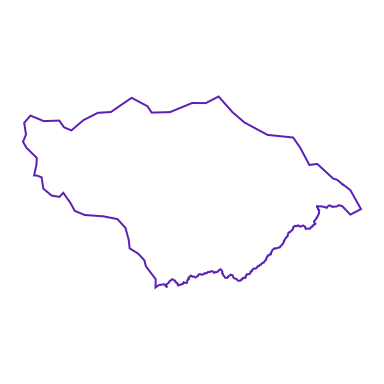 Kara-Kulja, Osh, Kyrgyzstan
{"feature_id": "92254566B85310994889224", "entity_name": "Kara-Kulja", "entity_type": "district", "adm_level": 2, "iso_a3": "KGZ", "parent_name": "Kyrgyzstan", "parent_adm1": "Osh", "projection": "mercator", "projection_center": [74.361, 40.398], "detail": "fine", "context": "isolated", "style": "outline", "palette": "violet", "viewbox_px": 384, "rotation_deg": 0, "n_neighbors": 0, "source": "geoboundaries", "source_scale": "gbopen_adm2", "svg_char_len": 6042}
<svg xmlns="http://www.w3.org/2000/svg" viewBox="0 0 384 384"><path d="M167.2,287.4L167.0,286.8L166.8,286.5L166.5,286.3L166.4,286.0L165.9,285.4L165.8,284.9L166.7,284.3L167.2,283.8L168.2,283.2L168.9,282.4L169.3,281.6L169.8,281.2L169.9,280.9L170.0,280.9L170.3,280.5L171.1,280.2L171.8,279.5L172.2,279.3L172.4,279.1L172.5,279.1L172.9,279.5L173.8,280.2L175.0,280.5L175.2,280.8L175.4,281.8L175.5,282.0L175.8,282.1L176.6,282.7L176.6,282.8L177.0,282.8L177.4,283.2L177.5,283.4L177.6,284.2L177.8,284.6L177.9,285.2L178.2,285.4L178.4,285.5L178.6,285.4L178.7,285.0L179.0,284.8L180.1,284.8L180.8,284.6L181.1,284.3L181.4,284.3L181.7,284.1L182.3,284.2L182.6,284.1L183.1,283.7L183.3,283.2L183.3,282.9L183.6,282.2L184.1,282.3L184.7,282.9L186.8,282.9L186.9,282.4L187.1,282.0L187.2,281.2L187.3,280.4L187.5,279.9L187.8,279.9L188.2,279.7L188.9,279.1L188.5,278.6L188.4,277.8L188.7,277.5L189.4,277.2L189.6,276.8L190.3,276.3L190.5,276.0L190.6,275.7L191.2,275.9L191.6,275.8L192.2,276.5L192.5,276.7L193.0,276.6L194.1,276.6L194.5,277.0L194.8,277.1L195.1,277.3L195.6,277.5L197.0,276.4L198.1,276.0L198.3,275.5L198.4,274.8L198.5,274.4L199.0,274.4L200.0,274.1L201.3,274.5L201.9,274.8L202.5,274.6L202.7,274.4L204.1,274.0L204.2,273.9L204.2,273.7L204.5,273.3L204.7,273.1L205.2,273.3L206.8,273.2L207.2,272.6L207.4,272.5L207.7,272.1L208.5,271.9L209.1,272.2L209.4,272.2L209.6,272.0L210.0,272.0L210.6,271.7L210.9,271.2L211.2,271.1L211.6,271.3L212.8,271.5L213.1,271.7L213.9,272.3L214.1,272.8L215.1,272.2L215.5,272.0L216.0,272.3L217.9,271.6L218.2,271.3L218.6,270.6L219.2,270.2L219.3,269.9L219.7,269.8L220.4,269.2L220.8,269.4L221.3,270.2L221.8,270.6L221.9,270.8L222.0,271.2L222.3,271.6L222.4,271.9L222.2,272.1L222.1,272.4L222.1,273.4L222.6,273.6L222.7,273.9L222.9,274.0L223.3,275.1L223.3,275.3L223.6,275.8L224.3,276.3L224.5,276.8L224.9,277.1L225.1,277.7L225.8,277.8L226.2,277.8L227.3,277.9L227.5,277.8L227.8,277.4L227.9,276.9L228.1,276.5L228.7,276.3L229.0,276.0L229.4,275.5L229.9,275.5L230.4,275.1L230.5,274.9L230.7,274.7L230.9,274.9L231.2,274.9L231.4,275.1L232.2,275.2L232.7,275.5L232.9,275.8L233.1,276.7L233.4,277.6L234.2,278.3L234.6,278.4L235.1,278.6L236.2,278.8L237.2,279.8L237.6,280.3L237.7,280.5L238.9,280.8L239.8,280.8L239.8,280.7L240.3,280.5L240.6,280.2L240.8,279.9L241.0,279.8L241.7,279.7L242.0,279.6L242.3,279.2L242.4,278.3L242.7,278.1L243.0,278.3L243.4,277.9L244.0,278.0L244.4,277.8L244.8,277.9L245.2,278.0L245.3,277.9L245.4,277.6L245.7,277.1L245.6,276.6L245.7,276.1L245.9,275.8L246.0,275.6L246.3,275.6L246.6,275.3L246.7,274.7L246.8,274.3L247.8,274.2L248.4,274.1L248.8,274.3L249.6,273.8L249.9,273.4L250.1,273.4L250.4,272.4L250.6,272.0L250.6,271.6L251.3,271.6L251.8,271.3L252.0,271.1L252.0,270.2L252.8,269.5L253.3,268.7L254.1,268.6L254.6,268.7L255.3,268.7L255.5,268.5L256.0,268.4L256.3,268.0L256.8,267.8L256.9,267.4L257.4,266.9L257.5,266.4L257.7,266.2L258.5,266.1L258.8,265.8L259.0,265.9L259.3,265.6L259.5,265.3L259.7,265.2L260.0,264.9L260.6,264.7L261.0,264.7L261.1,264.2L261.4,263.7L262.1,263.2L263.0,262.8L263.2,262.7L263.7,262.7L264.0,262.4L264.1,261.8L264.3,261.4L264.8,261.0L265.0,260.6L265.3,260.5L265.6,260.2L265.9,260.0L266.2,259.6L266.3,259.1L266.2,258.8L266.5,258.1L266.5,257.8L266.8,257.1L267.3,256.9L267.5,256.6L267.5,256.2L267.7,255.9L268.2,255.6L268.4,255.1L269.0,255.2L269.3,255.0L269.6,254.9L270.1,254.2L270.7,254.2L270.9,254.3L271.0,254.2L271.0,253.2L270.9,252.6L271.7,251.7L272.4,250.0L272.7,249.7L273.4,249.3L274.0,248.6L274.6,248.3L274.9,248.5L275.6,248.6L276.1,248.3L276.7,248.2L277.3,248.0L277.4,247.9L278.1,247.8L280.0,247.3L280.2,246.4L281.5,245.5L281.6,245.2L282.4,244.3L282.5,244.0L283.0,243.6L283.2,243.0L283.7,242.3L284.0,241.6L284.0,241.4L283.8,241.0L283.9,240.8L284.4,240.1L284.9,239.8L285.0,239.5L285.4,238.3L286.1,237.9L286.2,237.6L286.5,237.1L287.3,236.6L287.3,236.3L287.8,235.6L287.8,235.0L287.8,234.3L288.3,233.6L288.4,232.9L288.6,232.5L288.9,232.4L289.5,232.3L290.1,231.8L290.5,231.8L291.1,230.9L291.6,230.3L291.9,230.3L292.4,229.8L292.9,229.1L293.0,228.6L293.0,228.2L293.2,227.8L293.2,227.3L293.5,227.0L294.0,226.8L294.5,225.9L294.8,225.9L296.1,226.3L296.3,226.2L296.6,226.2L297.0,226.0L297.6,225.5L298.0,225.3L298.3,225.5L298.6,225.9L299.0,226.0L299.9,226.5L300.3,226.5L300.9,226.2L301.5,226.4L302.0,226.0L302.4,225.9L303.0,225.5L303.3,225.5L303.9,225.9L304.1,226.1L305.2,226.8L305.1,227.1L305.5,228.4L305.8,228.9L307.0,228.7L310.0,228.7L310.2,228.2L310.5,227.7L310.9,227.4L311.2,227.4L311.5,227.3L311.8,226.7L312.3,226.6L312.6,225.8L312.7,225.4L313.5,225.3L313.9,225.1L315.4,223.8L314.5,222.8L314.0,222.5L314.2,221.4L314.3,221.3L314.3,220.8L314.8,220.4L315.5,219.8L316.2,218.8L316.4,218.1L316.6,218.0L316.9,217.3L317.1,217.2L317.4,216.7L317.5,216.7L317.7,216.2L317.8,215.9L317.9,215.5L318.1,215.3L318.2,214.8L318.4,214.6L318.9,213.8L319.0,213.4L318.9,212.4L319.0,211.9L319.0,211.5L319.1,211.1L319.2,210.0L318.0,209.4L318.1,208.9L317.9,208.1L317.4,207.8L317.2,207.4L316.9,206.5L317.0,206.2L318.2,206.4L319.8,206.3L320.6,206.3L320.8,206.4L321.4,206.3L321.5,206.4L322.6,206.7L324.9,207.0L325.6,207.5L326.7,207.8L327.1,207.6L327.4,206.9L327.8,206.4L329.2,205.5L329.5,205.4L329.8,205.6L330.5,205.6L330.9,206.2L331.4,206.5L332.2,206.4L332.5,206.8L333.1,207.0L333.9,206.7L334.9,206.5L335.3,206.6L336.3,206.6L337.7,205.9L338.4,205.3L338.8,205.1L340.0,205.7L340.3,205.6L340.9,205.7L341.6,206.0L342.1,206.0L350.3,214.6L361.0,209.1L350.4,190.2L342.5,184.0L343.8,185.6L339.6,181.8L337.2,179.9L333.0,178.4L317.2,163.9L309.4,165.0L300.3,147.9L293.1,137.5L267.5,134.9L244.5,122.5L232.5,112.2L218.6,96.5L205.8,103.1L192.2,103.0L170.0,112.1L151.7,112.6L147.4,106.2L131.6,97.8L110.9,112.0L97.9,112.8L83.5,120.1L71.4,130.4L64.0,127.3L59.3,120.6L43.7,121.1L30.5,115.6L24.2,122.8L26.0,134.6L23.0,141.8L26.5,147.8L36.8,158.0L36.5,164.5L34.1,175.4L37.1,175.6L41.6,177.3L43.3,188.6L51.6,195.6L59.4,196.9L63.3,192.8L70.4,202.9L74.8,210.9L84.7,215.0L103.2,216.3L117.4,219.1L125.5,227.9L128.8,240.2L129.6,248.3L138.1,253.6L144.3,260.2L145.9,266.3L155.7,279.2L155.5,287.5L158.6,285.2L163.9,284.2L167.2,287.4Z" fill="none" stroke="#5b21b6" stroke-width="2"/></svg>